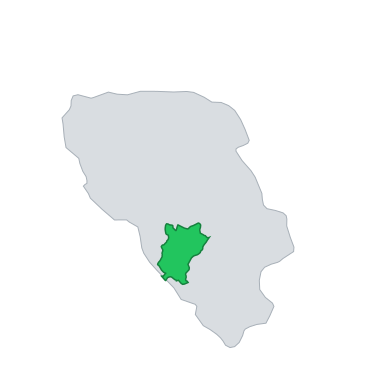 Shemgang on a map of Bhutan (Robinson projection), rotated 52°
{"feature_id": "BTN-2485", "entity_name": "Shemgang", "entity_type": "District", "adm_level": 1, "iso_a3": "BTN", "parent_name": "Bhutan", "parent_adm1": "", "projection": "robinson", "projection_center": [90.837, 27.078], "detail": "fine", "context": "in_parent", "style": "filled", "palette": "green", "viewbox_px": 384, "rotation_deg": 52, "n_neighbors": 0, "source": "natural_earth", "source_scale": "10m", "svg_char_len": 3347}
<svg xmlns="http://www.w3.org/2000/svg" viewBox="0 0 384 384"><g transform="rotate(52 192 192)"><path d="M300.6,165.6L300.1,167.9L297.6,174.2L296.0,181.1L297.3,186.7L303.0,193.3L310.6,198.7L320.2,199.1L329.1,197.0L332.6,197.9L337.4,206.8L340.9,214.5L336.3,222.4L333.7,229.4L332.8,234.4L333.4,236.5L336.3,240.5L339.6,247.4L340.1,253.6L338.0,257.8L333.4,259.9L328.6,259.3L324.6,259.3L319.5,260.1L311.6,262.4L304.3,265.4L290.6,264.8L285.1,258.6L282.5,258.6L270.0,266.7L256.4,265.3L231.6,267.9L221.3,268.6L210.6,267.7L205.2,266.0L195.2,260.3L186.2,256.2L176.9,260.0L173.7,260.7L166.3,270.3L150.3,273.5L134.3,275.9L129.5,274.6L120.5,274.0L120.2,271.7L120.5,269.5L118.4,267.8L114.8,266.0L108.5,265.3L100.5,262.8L95.8,260.5L79.4,263.9L69.9,258.8L59.1,251.8L53.6,248.8L51.6,237.9L49.7,234.4L45.5,230.8L43.1,226.5L45.1,222.0L55.9,213.8L56.8,211.8L61.8,196.4L68.8,190.8L75.7,183.0L80.9,170.6L90.9,157.9L101.9,144.9L109.5,134.3L114.5,129.4L124.8,124.1L133.4,121.0L139.4,113.9L146.6,109.9L154.0,108.1L164.9,109.1L175.2,111.6L186.5,115.1L187.9,118.0L186.9,123.0L185.2,128.1L185.2,130.8L186.9,132.2L198.0,133.2L211.6,132.4L219.2,133.1L236.1,137.8L241.1,141.1L246.3,143.7L251.3,143.2L257.7,137.8L264.5,133.1L268.7,132.4L271.7,133.9L277.1,138.3L288.3,142.5L298.2,145.6L301.5,148.6L300.4,161.3L300.6,165.6Z" fill="#d9dde1" stroke="#a8b0b8" stroke-width="1"/><path d="M245.6,267.2L245.1,267.5L239.5,267.8L239.7,267.4L240.2,267.2L240.5,267.1L240.7,266.9L239.8,262.8L238.3,263.5L238.0,263.7L237.7,263.8L234.4,264.1L234.0,264.0L233.1,263.8L229.8,263.4L228.3,263.8L227.8,263.6L227.4,263.0L226.8,261.6L226.4,259.4L226.2,258.9L225.3,257.0L225.1,256.4L224.4,255.1L223.6,254.6L223.1,254.0L222.7,253.7L222.2,253.6L221.8,253.3L221.3,252.7L220.5,251.4L219.9,250.9L219.5,250.6L216.8,250.1L216.0,249.7L215.6,248.0L216.1,247.2L216.3,246.4L216.2,245.9L216.0,245.0L215.9,244.4L215.9,243.3L215.7,242.8L215.1,242.1L214.9,241.2L214.8,240.1L214.4,239.5L213.6,238.5L211.5,237.3L210.8,237.6L210.0,238.0L209.6,238.2L209.1,238.2L208.6,238.1L207.3,237.5L205.0,236.2L203.6,235.0L202.0,233.3L201.4,231.7L202.4,230.6L203.9,230.0L204.5,229.5L205.7,228.3L206.3,227.9L206.8,227.9L207.2,228.1L207.6,228.5L208.0,228.8L208.6,229.0L211.8,228.7L212.4,228.5L212.5,228.3L212.4,228.0L209.9,224.5L209.3,223.3L215.8,220.2L218.3,218.3L218.6,217.8L218.5,217.4L218.5,217.1L218.5,216.9L218.5,216.6L218.5,216.2L218.4,215.9L218.3,215.2L218.4,214.0L219.2,211.8L219.9,208.4L220.3,206.2L220.8,205.8L221.4,205.5L222.0,205.4L222.5,205.4L222.9,205.4L223.4,205.6L223.8,205.9L224.6,206.7L225.3,207.4L225.5,207.7L225.7,208.2L226.8,209.4L229.6,210.8L232.4,209.5L233.4,209.3L234.6,208.4L236.6,208.3L237.3,208.0L237.8,207.6L238.1,207.3L238.4,206.3L239.5,209.9L240.2,211.6L241.0,215.0L241.9,217.3L242.2,217.5L243.5,218.7L243.7,219.3L243.9,219.8L243.9,221.5L244.8,222.8L244.9,224.5L244.8,226.1L244.6,226.8L244.0,228.3L243.4,230.2L243.6,233.0L246.5,239.7L249.9,240.7L250.3,241.0L251.4,242.2L252.2,246.9L252.7,247.5L253.5,248.1L254.2,248.2L254.9,248.6L255.8,249.3L256.4,250.3L257.1,250.9L257.8,251.3L258.3,251.3L259.3,250.7L260.9,250.8L259.9,254.6L259.0,256.2L257.4,256.8L253.2,257.0L252.4,259.0L252.2,258.9L251.8,258.8L251.6,258.8L250.5,259.5L246.6,260.4L246.0,260.8L245.4,261.3L245.0,262.1L244.8,262.7L244.6,263.4L244.5,263.8L244.5,264.2L245.6,267.2L245.6,267.2Z" fill="#22c55e" stroke="#15803d" stroke-width="1.5"/></g></svg>